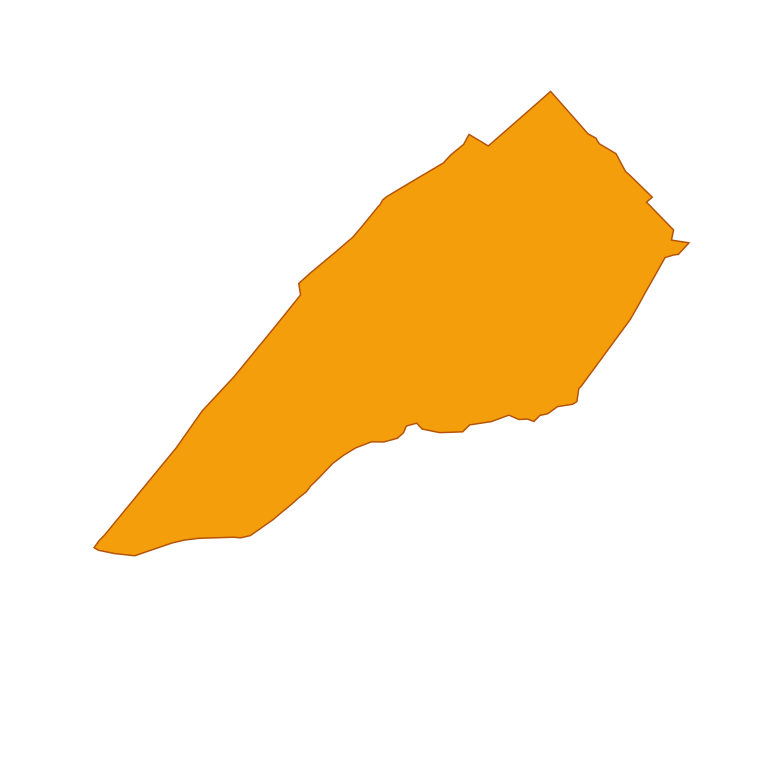 Dededo, Guam (Albers equal-area conic projection), rotated 229°
{"feature_id": "77769853B76375240183470", "entity_name": "Dededo", "entity_type": "district", "adm_level": 2, "iso_a3": "GUM", "parent_name": "Guam", "parent_adm1": "", "projection": "albers", "projection_center": [144.841, 13.576], "detail": "fine", "context": "isolated", "style": "filled", "palette": "amber", "viewbox_px": 768, "rotation_deg": 229, "n_neighbors": 0, "source": "geoboundaries", "source_scale": "gbopen_adm2", "svg_char_len": 1315}
<svg xmlns="http://www.w3.org/2000/svg" viewBox="0 0 768 768"><g transform="rotate(229 384 384)"><path d="M349.0,709.0L379.9,706.5L386.1,705.7L405.5,710.2L424.0,704.1L428.3,704.7L430.2,705.3L439.1,702.1L495.5,701.7L495.2,618.9L516.6,611.9L512.6,601.3L513.1,584.8L511.9,573.8L519.0,535.1L523.6,509.2L523.8,503.9L521.9,498.5L521.8,496.4L517.3,470.4L515.2,456.3L515.3,452.2L515.4,433.6L516.1,400.6L515.8,385.6L506.0,379.5L499.4,343.1L487.9,275.7L483.0,229.3L472.1,185.1L453.3,73.7L452.7,66.3L450.7,57.8L445.7,59.5L432.8,69.4L431.7,70.3L431.2,70.9L417.9,83.2L403.1,119.7L397.2,130.9L389.2,142.8L367.1,169.9L362.0,174.8L357.3,183.7L354.4,211.6L354.3,222.3L353.9,236.5L354.1,245.0L353.6,254.9L355.2,261.9L355.8,272.7L357.6,292.1L357.7,293.5L356.7,307.2L354.4,320.7L348.6,336.6L340.4,345.8L334.3,358.5L334.4,366.7L337.6,373.3L333.0,383.0L325.0,383.2L310.8,394.1L304.1,402.3L296.3,412.0L296.9,421.9L287.4,436.9L285.3,440.1L278.6,457.8L268.7,462.5L263.4,469.3L257.3,472.6L257.8,478.3L258.0,481.0L254.7,487.1L254.1,488.3L253.1,500.1L245.0,513.0L244.2,518.0L252.8,528.1L252.8,530.7L271.2,612.4L277.1,629.2L281.3,640.5L281.5,641.0L288.7,661.5L288.8,661.8L295.0,679.0L291.4,687.2L288.7,691.2L290.3,705.7L290.5,706.7L304.0,695.4L310.3,703.6L349.0,701.4L349.0,709.0Z" fill="#f59e0b" stroke="#b45309" stroke-width="1.5"/></g></svg>